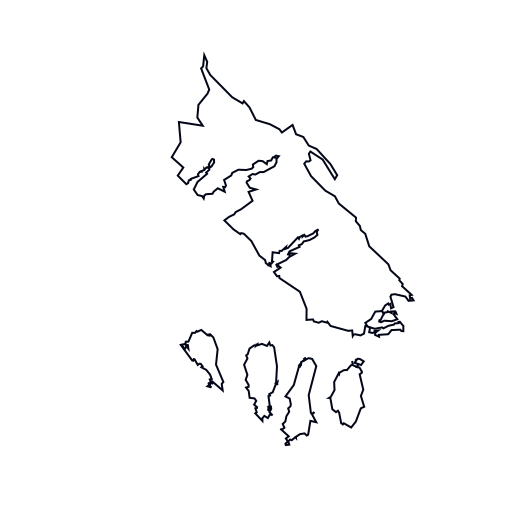 outline of Haram nor, Møre og Romsdal, Norway, rotated 236°
{"feature_id": "86288312B90203417254551", "entity_name": "Haram nor", "entity_type": "district", "adm_level": 2, "iso_a3": "NOR", "parent_name": "Norway", "parent_adm1": "Møre og Romsdal", "projection": "mercator", "projection_center": [6.407, 62.619], "detail": "fine", "context": "isolated", "style": "outline", "palette": "ink", "viewbox_px": 512, "rotation_deg": 236, "n_neighbors": 0, "source": "geoboundaries", "source_scale": "gbopen_adm2", "svg_char_len": 6125}
<svg xmlns="http://www.w3.org/2000/svg" viewBox="0 0 512 512"><g transform="rotate(236 256 256)"><path d="M366.4,236.1L354.5,238.4L354.4,240.5L356.3,242.6L355.6,244.5L356.4,245.0L354.4,253.0L356.2,253.6L357.2,256.3L356.4,257.8L357.0,257.8L356.2,261.2L357.1,261.8L356.5,261.8L357.1,264.5L356.0,265.5L356.7,266.3L356.1,267.6L358.3,268.1L360.7,272.9L360.9,274.1L359.4,275.1L357.0,273.6L355.1,269.1L355.2,266.4L353.6,265.5L353.0,261.3L351.5,261.4L350.1,248.9L345.9,241.6L339.2,241.7L335.8,244.8L332.9,244.8L335.0,246.9L335.2,249.0L331.9,254.8L333.0,256.8L333.5,262.2L326.8,266.0L331.6,267.5L330.3,268.9L331.2,270.5L336.9,272.1L336.6,280.5L338.2,282.8L337.4,289.6L332.7,296.1L330.8,301.2L331.2,303.4L333.6,304.6L333.5,311.4L331.0,314.5L326.1,316.3L328.3,318.7L326.7,322.0L328.4,325.1L326.8,327.1L328.0,327.2L328.0,328.7L326.0,330.7L325.0,327.2L322.4,325.6L320.1,321.5L321.3,309.3L323.4,306.2L323.9,301.0L325.9,299.0L326.0,294.4L323.3,294.8L322.6,292.9L323.0,290.3L322.1,289.2L316.1,289.0L311.1,293.3L313.3,285.7L303.7,284.0L303.1,269.6L303.8,263.7L302.7,261.3L303.5,255.6L303.2,249.7L290.8,252.2L282.9,255.2L283.3,256.5L281.2,258.4L271.0,260.5L254.4,259.0L247.5,261.3L244.7,260.2L241.2,261.2L239.3,262.4L240.8,263.1L241.5,261.5L242.8,263.2L241.1,264.6L241.8,267.0L242.7,266.3L249.8,271.9L245.5,276.7L247.0,278.5L245.9,280.1L246.7,285.8L245.5,284.4L244.8,287.1L248.0,301.1L246.2,301.2L247.3,302.7L247.0,306.0L246.0,305.4L246.4,307.9L244.3,307.9L243.6,309.8L242.7,316.2L243.5,318.9L243.2,322.6L241.9,319.7L239.2,318.8L238.7,314.8L239.3,309.2L241.4,303.7L240.2,300.7L240.9,297.5L239.2,297.2L241.1,286.4L239.4,283.4L238.4,284.2L238.9,286.3L236.0,289.8L236.6,283.1L235.8,278.8L237.3,268.0L234.2,267.5L236.5,268.7L232.6,269.9L232.7,261.9L227.4,262.1L226.5,264.1L224.6,263.1L201.8,272.4L183.9,268.4L174.8,262.1L171.5,267.8L169.4,267.4L165.6,270.7L165.1,274.1L161.2,277.4L161.6,278.4L156.3,278.7L142.4,290.6L140.5,294.1L135.6,291.5L136.3,293.0L135.6,294.5L131.7,298.3L131.3,302.1L136.8,307.5L135.1,309.1L139.4,309.2L139.4,316.3L143.2,323.8L140.0,329.5L142.8,335.5L142.7,339.1L141.4,338.9L141.2,340.5L137.1,338.7L136.7,341.4L147.1,344.7L148.2,346.7L146.6,349.9L138.8,357.2L133.5,357.4L131.1,361.8L134.1,361.9L134.4,359.9L137.4,361.4L136.7,363.3L149.3,360.2L150.7,362.0L155.8,361.2L156.9,362.5L168.9,359.6L175.1,361.1L200.7,355.3L213.3,359.0L218.9,357.4L222.8,358.9L229.0,358.2L231.9,360.4L253.2,354.0L261.4,354.8L271.4,350.0L291.5,346.3L305.5,347.6L306.4,350.5L304.8,352.7L304.8,354.7L311.2,357.0L312.2,359.5L298.7,365.2L275.6,364.3L277.6,368.5L290.6,369.1L310.8,366.1L318.0,361.5L328.2,361.8L334.5,357.3L344.2,359.6L343.9,346.5L348.0,346.3L357.5,341.2L368.9,331.9L382.8,333.7L391.2,332.6L390.0,330.2L401.0,325.0L431.6,319.3L439.5,319.9L444.2,324.1L451.4,325.4L442.8,318.2L442.2,315.4L420.1,310.3L417.7,306.5L413.5,292.8L403.6,284.8L393.8,284.7L410.2,267.0L392.4,257.1L385.0,241.4L370.0,245.2L366.4,236.1ZM126.0,167.4L115.7,169.1L117.9,170.5L118.8,173.5L115.0,175.2L117.0,179.2L114.7,180.6L119.2,179.9L120.2,182.2L121.2,183.6L119.9,180.6L121.7,180.0L123.1,181.6L121.8,183.7L122.9,184.2L123.7,182.7L122.9,182.1L124.1,181.8L124.2,183.7L132.9,188.0L132.5,189.6L134.1,189.8L133.7,193.7L138.5,200.5L138.1,201.4L139.1,201.2L138.6,202.4L139.5,203.3L139.2,201.4L152.8,211.7L170.2,220.0L173.0,219.7L173.8,217.9L176.9,218.7L175.3,214.8L179.8,211.8L181.2,207.1L181.9,207.7L181.7,206.2L182.8,207.6L181.8,205.7L182.9,204.7L182.9,198.9L179.2,194.2L179.1,192.3L175.8,191.6L172.5,185.3L162.3,182.4L159.1,178.2L153.2,177.8L151.7,176.7L152.5,174.2L148.2,174.5L142.0,171.4L138.8,175.1L135.8,175.2L133.8,171.3L130.1,172.4L129.5,171.8L130.1,170.3L126.0,169.2L126.0,167.4ZM82.6,175.0L81.0,178.1L84.2,179.0L84.8,181.6L83.3,182.6L83.8,187.4L82.9,187.5L83.8,188.0L83.7,192.9L81.8,197.0L78.8,197.7L78.7,199.3L88.9,208.9L84.5,213.0L93.4,213.9L93.4,214.6L93.7,216.3L94.2,216.9L93.5,213.9L95.3,213.8L111.2,221.9L131.0,244.4L139.3,245.0L141.8,242.6L142.4,239.6L143.9,239.5L143.8,237.5L143.6,239.4L142.2,238.9L142.4,236.9L143.7,236.9L142.4,236.7L142.9,234.4L141.1,232.9L141.6,232.8L140.8,231.9L141.5,231.5L141.3,231.0L140.7,231.6L139.6,230.4L139.9,230.0L140.8,230.9L141.1,230.7L127.9,215.2L123.1,201.9L119.0,204.2L113.7,202.0L112.1,200.5L111.7,197.5L108.3,196.4L106.2,191.6L102.4,187.8L101.8,184.2L97.7,183.5L97.6,180.4L96.7,180.5L99.2,179.6L88.2,182.3L88.0,178.7L84.4,178.7L84.0,175.5L82.6,175.0ZM79.8,237.4L69.0,232.8L69.6,233.4L67.8,233.8L68.2,235.3L60.6,239.0L62.9,246.2L71.1,257.7L70.5,261.4L81.3,264.7L85.2,270.2L100.0,275.8L100.0,278.4L100.8,279.1L105.7,279.4L107.4,277.6L107.8,278.6L109.3,280.4L106.9,282.1L108.4,286.4L112.6,284.5L114.0,282.7L113.5,281.2L114.8,280.5L113.3,280.6L112.3,278.2L112.9,277.5L109.4,280.3L107.5,277.5L111.6,275.2L115.2,277.1L111.6,275.2L112.3,273.6L110.6,267.6L112.2,265.1L112.6,260.0L111.7,259.0L112.6,259.1L107.8,250.3L100.9,246.1L97.4,239.2L97.5,237.1L96.6,238.2L86.3,233.6L81.8,235.0L81.9,237.4L79.8,237.4ZM175.1,142.9L172.0,145.6L174.2,145.0L176.2,147.4L174.8,148.5L176.1,149.7L163.2,153.2L169.2,156.1L169.8,158.5L188.3,162.1L200.2,172.1L212.3,175.1L216.8,174.2L217.2,173.3L216.4,173.6L215.9,173.0L217.4,171.5L225.3,169.3L226.1,164.9L227.0,164.7L226.4,162.4L228.0,160.2L222.8,152.1L224.2,149.9L223.0,148.7L223.2,146.9L220.2,149.7L217.0,148.1L220.5,147.9L218.9,145.6L220.0,144.5L224.0,145.2L224.4,143.9L205.0,144.7L204.3,145.4L205.3,146.7L204.7,147.3L198.2,146.8L198.4,148.8L197.4,149.9L194.4,150.0L194.3,148.5L189.4,151.1L183.3,151.6L178.8,150.5L179.5,148.7L177.0,148.3L176.9,145.5L175.3,145.0L175.1,142.9ZM132.7,310.4L129.5,307.2L126.9,309.7L126.7,312.3L127.4,312.5L125.9,315.5L125.7,312.0L124.0,310.6L120.3,312.9L121.9,313.8L117.2,321.9L118.8,326.9L114.3,334.3L112.5,334.6L111.3,336.1L115.5,339.0L121.0,338.5L121.7,337.3L120.6,336.7L122.5,333.2L122.0,331.9L124.0,327.0L124.8,321.1L126.2,320.7L129.3,313.7L135.0,309.2L132.7,310.4ZM133.3,323.6L133.8,322.5L132.8,321.5L131.2,322.6L130.6,326.2L126.0,332.1L124.6,337.8L130.5,337.5L131.4,338.7L129.5,340.1L132.2,340.6L134.4,337.0L132.9,336.5L136.5,334.3L135.9,333.6L137.1,331.3L136.5,329.9L139.9,329.7L136.6,329.4L133.3,323.6Z" fill="none" stroke="#020617" stroke-width="2"/></g></svg>